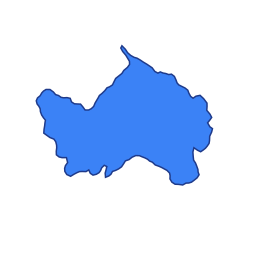 the district of Funilândia, Minas Gerais, Brazil, rotated 140°
{"feature_id": "56859067B22381127765389", "entity_name": "Funilândia", "entity_type": "district", "adm_level": 2, "iso_a3": "BRA", "parent_name": "Brazil", "parent_adm1": "Minas Gerais", "projection": "robinson", "projection_center": [-44.069, -19.36], "detail": "fine", "context": "isolated", "style": "filled", "palette": "blue", "viewbox_px": 256, "rotation_deg": 140, "n_neighbors": 0, "source": "geoboundaries", "source_scale": "gbopen_adm2", "svg_char_len": 2241}
<svg xmlns="http://www.w3.org/2000/svg" viewBox="0 0 256 256"><g transform="rotate(140 128 128)"><path d="M176.9,104.7L173.6,103.6L170.9,103.5L167.8,104.7L164.8,103.5L161.5,102.7L157.9,102.4L154.4,103.4L151.1,104.5L147.5,103.1L143.6,103.0L139.8,101.9L137.0,99.4L135.8,97.0L134.3,94.3L133.1,91.5L132.7,88.8L131.3,86.1L130.9,82.2L128.9,78.8L127.5,75.9L126.5,73.3L125.4,70.5L125.1,66.8L126.4,64.4L128.6,62.0L129.2,58.3L128.1,54.7L125.5,52.3L122.7,49.2L119.0,48.5L116.8,46.8L114.2,45.7L111.5,45.5L107.1,45.4L103.6,46.5L102.6,49.2L101.1,51.3L99.8,54.8L98.8,57.8L98.4,61.2L96.2,64.5L93.7,67.9L90.2,70.5L89.0,66.2L87.6,63.1L84.7,62.8L81.7,62.7L78.9,63.2L75.8,64.1L73.7,65.9L70.7,69.2L66.6,71.1L63.7,73.2L64.5,76.3L63.7,80.8L60.1,81.5L57.1,82.3L56.3,85.9L56.3,90.9L53.6,93.7L51.5,96.3L51.2,101.9L51.8,106.7L55.5,108.7L59.0,109.0L59.7,111.9L59.0,115.5L57.9,118.5L58.6,122.0L60.1,125.4L61.4,128.4L61.4,131.1L60.4,133.8L59.3,137.7L60.1,141.3L62.5,142.8L64.0,145.4L65.9,147.7L67.2,150.2L69.8,150.8L71.1,154.1L70.8,158.6L71.7,161.8L72.5,164.6L73.9,168.6L75.0,172.4L76.2,175.7L77.9,178.2L79.3,181.9L79.9,186.0L79.4,190.0L79.8,194.9L82.1,193.9L82.9,190.0L82.9,185.1L83.5,181.3L84.0,178.2L85.9,175.7L89.5,174.8L94.2,174.8L97.6,173.7L101.6,173.8L105.6,173.9L108.6,172.6L112.2,171.0L115.6,171.4L118.2,172.3L121.8,171.5L125.8,171.2L129.0,171.3L131.4,170.3L134.0,169.4L137.1,168.3L140.4,166.6L143.7,166.4L146.6,167.1L149.3,169.4L149.0,173.3L149.0,176.8L151.4,179.0L153.5,181.0L154.5,184.3L153.2,187.9L155.2,190.5L157.9,192.5L159.6,194.6L160.3,197.5L162.0,200.1L162.0,203.5L163.0,207.6L166.0,210.2L169.0,210.6L171.5,210.3L174.5,209.2L178.0,209.2L180.8,207.8L182.2,204.8L182.3,201.9L182.9,199.2L184.6,196.8L185.8,193.4L186.2,190.2L186.2,187.1L188.3,185.3L190.5,183.2L193.1,181.0L195.8,178.2L194.9,174.6L193.9,170.8L191.9,167.1L192.2,163.9L193.7,160.8L195.3,158.7L197.9,156.3L200.1,153.5L199.4,150.1L197.6,147.7L194.2,144.9L196.5,140.3L200.1,139.4L202.5,137.8L204.3,135.3L204.8,131.7L203.0,127.9L199.0,127.3L195.8,126.6L193.2,125.8L191.1,124.2L188.2,121.6L185.0,121.1L186.0,117.5L185.1,114.4L182.0,112.9L178.9,112.4L176.4,113.0L173.8,114.4L170.2,114.7L169.0,112.1L171.9,109.9L174.5,108.1L176.9,104.7Z" fill="#3b82f6" stroke="#1e3a8a" stroke-width="1.5"/></g></svg>